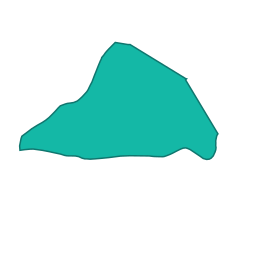 the district of Grande Riviere/Morne Elwin, Gros Islet, Saint Lucia, rotated 30°
{"feature_id": "8701671B886545295565", "entity_name": "Grande Riviere/Morne Elwin", "entity_type": "district", "adm_level": 2, "iso_a3": "LCA", "parent_name": "Saint Lucia", "parent_adm1": "Gros Islet", "projection": "equal_earth", "projection_center": [-60.956, 14.029], "detail": "fine", "context": "isolated", "style": "filled", "palette": "teal", "viewbox_px": 256, "rotation_deg": 30, "n_neighbors": 0, "source": "geoboundaries", "source_scale": "gbopen_adm2", "svg_char_len": 1370}
<svg xmlns="http://www.w3.org/2000/svg" viewBox="0 0 256 256"><g transform="rotate(30 128 128)"><path d="M154.1,56.2L153.3,56.4L88.0,54.7L86.4,55.7L74.2,60.3L72.0,68.6L71.2,72.1L70.8,74.3L70.6,76.9L70.0,80.1L70.4,81.6L70.5,83.7L71.1,88.4L71.5,91.2L72.1,95.1L72.6,98.8L73.3,103.1L73.8,106.1L73.9,109.4L74.1,112.4L74.3,114.6L74.2,117.1L73.4,120.8L72.6,124.2L71.5,127.7L70.6,130.0L68.2,133.1L65.5,135.3L63.1,137.1L61.5,138.8L59.5,141.2L58.3,142.7L57.5,145.6L56.9,148.6L56.4,150.8L55.5,154.3L55.1,155.8L54.4,158.4L52.8,162.5L51.0,166.1L48.2,170.8L45.1,176.6L43.7,180.0L40.2,188.2L40.7,190.7L43.1,197.7L45.6,201.3L49.2,198.5L53.7,195.3L56.5,193.6L61.4,191.6L65.1,190.1L69.2,188.7L71.8,187.8L75.0,186.8L82.7,184.3L86.8,183.4L89.0,182.6L91.4,181.3L94.6,179.5L96.5,178.5L99.7,177.4L103.2,177.1L106.1,176.3L107.8,175.3L110.8,173.9L115.0,171.1L120.3,167.4L126.3,163.1L135.5,156.1L143.4,151.1L154.6,144.8L160.3,141.6L164.3,139.9L166.4,138.8L168.8,137.5L170.2,136.7L172.1,135.7L173.4,134.8L175.2,132.8L177.6,129.8L179.4,127.2L180.4,125.6L181.8,123.4L184.0,120.1L185.8,117.9L188.0,116.3L189.9,115.9L192.6,115.6L204.5,116.4L208.4,116.8L211.8,115.9L214.0,114.3L215.1,112.5L215.8,109.5L215.6,107.7L215.4,105.3L214.9,103.0L214.0,100.9L212.9,99.6L211.5,97.0L210.4,95.3L209.3,92.1L208.7,90.1L208.8,88.1L153.7,57.5L154.1,56.2Z" fill="#14b8a6" stroke="#0f766e" stroke-width="1.5"/></g></svg>